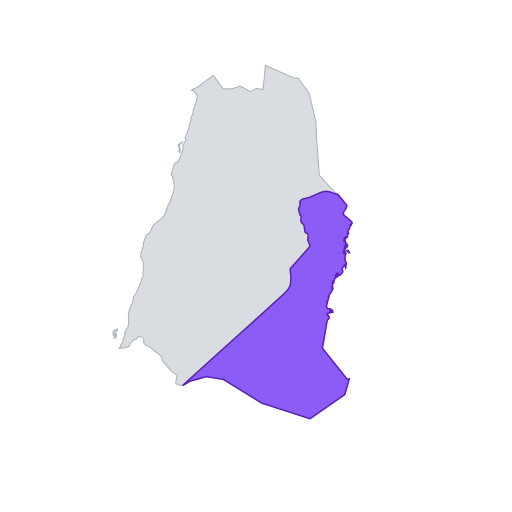 Ash Sharqiyah on a map of Saudi Arabia (Equal Earth projection), rotated 42°
{"feature_id": "SAU-1098", "entity_name": "Ash Sharqiyah", "entity_type": "Region", "adm_level": 1, "iso_a3": "SAU", "parent_name": "Saudi Arabia", "parent_adm1": "", "projection": "equal_earth", "projection_center": [49.771, 23.094], "detail": "fine", "context": "in_parent", "style": "filled", "palette": "violet", "viewbox_px": 512, "rotation_deg": 42, "n_neighbors": 0, "source": "natural_earth", "source_scale": "10m", "svg_char_len": 9431}
<svg xmlns="http://www.w3.org/2000/svg" viewBox="0 0 512 512"><g transform="rotate(42 256 256)"><path d="M358.7,361.5L315.6,369.3L313.3,370.1L299.8,379.0L290.5,393.8L288.3,400.8L287.2,401.9L285.4,403.3L283.7,404.3L281.1,404.1L278.0,398.7L277.2,397.6L276.5,397.5L270.7,398.3L258.7,396.8L256.7,396.5L254.1,394.7L253.4,394.3L252.7,394.2L246.5,394.1L243.3,394.7L240.4,394.5L237.3,394.8L236.2,395.5L235.0,395.5L234.2,396.1L233.5,396.4L232.7,395.8L231.8,396.0L230.4,395.5L229.5,394.3L228.6,393.3L227.7,392.7L226.7,392.4L225.8,392.4L224.7,393.0L224.0,393.6L222.2,395.6L222.2,396.4L222.9,397.6L222.7,398.2L221.7,398.9L221.3,400.8L221.2,401.9L221.0,404.4L221.4,406.4L222.0,407.1L222.0,408.0L221.7,409.7L220.7,410.2L220.0,411.8L219.6,412.6L218.8,413.4L215.9,416.3L215.8,414.6L214.9,412.2L214.8,410.4L214.4,408.7L213.6,407.3L212.2,405.9L212.1,404.0L211.0,402.1L209.6,400.6L208.9,397.8L208.3,394.1L204.6,389.2L200.0,384.7L198.6,382.1L196.4,376.9L195.3,372.8L192.2,368.1L192.1,366.3L191.7,364.1L191.0,361.7L190.6,359.7L187.6,351.3L186.6,349.9L185.8,348.0L185.6,346.5L185.3,345.7L183.2,344.4L181.2,340.8L175.1,335.2L172.1,334.6L169.7,332.6L168.0,330.0L166.2,325.4L163.0,320.5L160.4,313.6L161.3,311.1L161.3,309.3L160.5,306.3L159.7,304.0L159.1,301.8L159.7,298.7L160.0,295.2L160.6,293.3L161.0,291.3L160.6,287.2L159.7,285.0L159.9,283.5L158.8,282.8L158.0,281.3L158.9,281.3L157.4,279.1L156.8,277.8L156.3,274.9L155.6,272.6L153.2,267.4L152.1,264.3L149.6,260.2L146.8,257.2L145.0,255.8L144.1,254.6L142.6,254.5L141.0,252.8L139.9,252.7L138.4,252.4L136.9,249.0L135.6,245.8L133.3,241.7L133.9,240.6L134.7,238.8L134.4,236.5L134.1,234.9L133.2,232.1L130.0,225.0L129.1,223.9L127.6,222.8L126.9,219.7L126.5,216.9L124.2,215.6L120.6,205.7L118.3,202.3L117.5,199.9L115.0,196.1L113.8,192.3L111.2,188.8L109.1,182.8L105.7,176.7L104.2,175.7L100.5,175.3L98.9,174.8L97.4,176.1L97.4,174.5L98.5,172.1L100.2,167.3L100.7,163.0L103.5,150.4L119.3,153.7L120.1,153.5L126.4,147.6L130.1,140.9L130.9,140.2L141.6,137.7L142.0,137.3L144.3,131.4L144.6,131.0L144.9,130.7L149.6,127.7L142.6,117.6L135.4,108.1L165.3,98.2L165.9,98.0L168.1,95.7L181.0,98.2L186.0,99.3L187.6,100.2L210.7,116.2L222.0,127.8L248.8,153.4L249.1,153.6L273.6,156.2L276.2,155.5L282.9,156.5L289.7,157.7L290.9,160.7L291.4,162.8L291.8,164.9L293.1,166.8L298.8,166.7L304.7,166.6L305.5,168.5L305.9,170.3L307.4,174.8L309.6,178.3L310.1,179.5L310.5,181.4L310.1,182.1L309.9,183.0L311.6,184.9L314.3,186.5L315.4,186.9L316.6,187.6L315.6,188.7L317.2,191.3L319.1,193.9L321.1,194.5L323.8,198.4L327.8,201.0L330.3,204.3L330.1,204.4L329.3,204.1L328.4,203.6L328.1,204.0L328.2,205.4L328.4,207.1L329.7,208.5L330.8,209.5L331.3,211.5L330.4,215.7L330.1,215.7L329.5,215.3L328.8,215.2L328.5,215.5L329.3,218.5L330.0,220.8L330.9,222.7L331.7,225.4L332.3,226.5L334.9,229.4L335.8,231.8L336.5,236.2L338.2,238.7L339.1,240.7L340.3,242.3L341.1,244.5L342.2,246.2L342.7,246.7L343.6,246.8L344.7,246.9L346.0,246.4L347.3,246.0L348.4,246.9L349.5,246.7L349.6,247.5L348.9,248.6L348.0,251.4L349.3,251.9L350.5,252.1L351.4,252.5L351.9,252.5L351.9,253.1L352.0,255.8L352.3,256.8L367.2,280.2L406.2,286.6L406.5,286.5L407.5,284.9L414.6,299.3L404.9,340.8L358.7,361.5ZM203.3,409.1L204.5,409.2L204.1,408.6L204.0,408.2L204.5,407.3L206.2,409.3L206.1,411.6L205.9,412.1L205.5,411.6L205.2,411.1L205.1,410.6L204.6,410.0L203.0,410.4L201.9,409.8L200.5,407.8L200.1,406.4L200.7,406.1L201.4,405.4L201.8,404.3L201.4,403.1L202.3,403.3L202.8,404.5L202.8,407.2L203.0,407.8L202.7,408.4L203.3,409.1ZM129.5,230.2L129.1,230.2L128.1,228.8L127.5,227.8L126.9,227.2L124.0,225.8L123.7,224.9L124.1,224.0L124.4,224.9L124.9,225.4L127.3,226.7L129.9,229.4L130.3,229.6L129.5,230.2ZM125.1,223.5L124.9,223.8L124.3,223.1L124.4,221.5L125.0,220.6L124.9,221.9L125.1,223.1L125.1,223.5Z" fill="#d9dde1" stroke="#a8b0b8" stroke-width="1"/><path d="M340.3,243.2L341.4,245.4L342.2,246.4L342.9,246.8L343.9,247.0L344.7,247.0L345.5,246.6L346.5,245.6L346.6,245.8L347.3,245.6L347.7,246.1L347.9,245.9L347.9,246.3L347.7,246.6L347.7,246.8L347.8,247.0L347.8,247.7L347.9,247.8L348.1,247.7L348.3,247.5L348.8,246.6L349.2,246.2L349.3,246.0L349.3,245.5L349.5,245.6L350.0,245.7L350.2,246.3L350.6,246.3L350.8,246.5L350.0,247.1L349.9,247.4L349.5,247.9L349.3,248.4L348.4,249.2L347.9,250.1L347.8,251.3L347.5,251.4L347.5,252.1L348.5,252.3L348.9,252.2L349.3,251.8L349.6,251.8L350.6,252.0L350.8,252.3L351.3,252.9L351.9,253.1L352.0,253.9L352.0,255.8L352.1,256.3L352.3,256.8L366.9,279.8L367.2,280.1L367.6,280.2L406.2,286.6L406.5,286.6L407.5,284.9L414.4,298.9L414.6,299.3L414.6,299.8L405.0,340.8L358.8,361.5L314.6,369.5L313.2,370.2L300.0,378.8L299.6,379.2L290.6,393.5L290.4,394.1L288.6,400.4L288.1,401.2L293.3,350.4L297.6,309.7L302.1,265.4L302.2,260.9L302.0,258.4L301.6,256.9L301.0,255.1L300.4,253.8L299.8,252.9L295.9,248.1L290.6,243.4L290.3,243.0L290.0,242.3L289.9,241.4L289.7,214.2L289.5,213.2L289.2,212.4L288.8,212.0L284.0,209.7L283.7,209.5L283.4,209.1L283.0,208.3L280.5,205.4L280.2,205.1L279.9,205.0L279.5,205.0L277.2,205.5L276.5,205.4L275.8,205.0L272.1,201.8L271.2,201.2L270.5,200.9L269.9,200.8L267.4,200.7L266.7,200.5L266.4,200.3L265.8,199.8L264.4,198.1L263.4,196.8L263.1,196.5L262.8,196.2L261.4,196.1L260.7,195.8L256.5,192.9L256.1,192.5L255.8,191.9L255.6,191.4L255.2,189.6L255.0,189.2L254.8,188.8L254.1,188.0L252.7,186.8L252.1,185.9L252.0,185.5L252.0,185.1L252.0,184.4L252.1,183.8L252.5,182.7L252.9,182.0L255.4,178.4L256.2,177.1L261.6,165.4L262.6,163.8L263.7,162.3L265.2,160.7L267.3,159.3L274.4,156.2L274.6,155.9L276.2,155.5L289.7,157.6L290.6,159.4L291.4,162.0L291.5,163.6L291.8,164.8L292.0,165.3L293.0,166.2L293.1,166.8L304.5,166.6L304.9,167.1L305.5,167.4L305.5,167.6L305.7,168.4L305.7,169.1L305.5,169.6L305.2,169.4L305.1,169.7L305.4,169.7L305.6,169.6L305.8,169.5L305.9,169.1L306.1,169.3L306.1,169.5L305.9,169.8L305.8,170.3L305.9,171.1L306.1,171.5L307.3,173.1L307.4,173.3L307.2,173.7L307.0,174.1L307.0,174.5L307.1,174.9L307.8,176.2L307.8,176.5L308.5,177.0L309.2,177.0L309.9,177.3L309.8,177.7L309.7,177.7L309.2,177.8L309.2,178.2L309.6,178.8L309.9,179.2L310.2,179.3L310.6,180.0L311.2,180.7L311.2,180.9L311.1,181.3L311.1,181.8L311.1,182.1L310.8,182.7L310.6,182.9L310.7,182.5L310.7,182.0L310.7,181.7L310.9,181.4L310.8,181.1L310.6,181.4L310.3,182.1L310.1,182.3L310.4,181.2L310.3,180.8L310.2,180.9L310.1,181.1L309.8,182.6L309.8,182.9L309.7,183.1L309.9,183.2L310.0,182.7L310.2,183.5L310.4,183.7L310.5,183.5L310.6,183.3L310.7,183.5L310.7,184.1L310.9,184.2L311.0,184.1L311.2,183.7L311.2,184.1L311.1,184.3L311.1,184.6L310.9,184.7L311.1,185.2L310.7,185.0L310.8,185.4L311.0,185.4L311.3,185.2L311.4,184.8L311.5,184.8L311.6,185.1L311.4,185.3L311.3,185.7L311.4,186.0L311.7,186.0L311.8,185.9L311.6,185.5L311.7,185.3L311.9,185.2L312.5,185.1L313.2,185.8L313.8,186.1L313.9,186.3L313.7,186.6L313.9,186.7L314.1,186.7L314.1,186.3L314.6,186.5L315.2,186.6L315.7,186.3L316.6,186.6L316.8,186.8L317.2,187.4L317.5,187.7L317.6,187.8L317.7,188.5L317.4,188.4L317.3,188.2L316.9,188.4L316.1,188.3L315.8,188.7L315.7,188.7L315.6,188.3L315.4,188.3L314.8,188.7L315.4,188.9L315.7,189.3L315.9,189.4L316.1,189.6L316.4,189.2L316.6,188.9L316.9,189.2L316.8,189.5L316.4,189.9L316.3,190.9L316.7,190.7L317.0,190.4L317.7,190.6L317.6,191.0L317.8,192.2L317.7,193.0L317.8,193.4L318.1,193.3L318.1,193.7L318.2,193.9L318.3,193.8L318.5,193.6L318.4,193.3L318.6,193.1L318.8,193.1L319.0,193.3L319.1,193.2L319.2,193.4L318.9,194.3L318.5,194.3L318.6,194.5L319.0,194.6L319.1,194.9L319.2,194.7L319.5,194.2L319.5,194.3L319.5,194.7L320.0,194.6L320.6,194.8L320.9,194.9L320.5,194.3L320.3,194.0L320.6,193.7L321.0,194.0L321.3,194.0L321.6,193.6L321.4,194.4L321.4,194.7L321.5,195.4L321.9,195.7L322.2,196.1L323.1,197.7L323.5,198.4L324.1,198.7L324.6,199.3L325.5,199.8L326.1,200.3L327.2,200.4L327.6,200.7L328.1,201.2L328.8,202.4L329.1,203.0L330.2,204.0L330.4,204.3L330.5,204.8L329.8,204.1L329.4,203.8L328.4,203.6L328.2,203.4L328.1,202.6L327.9,203.1L327.8,203.4L327.8,203.9L327.8,204.1L328.1,204.6L328.1,206.2L328.5,207.7L328.7,208.0L328.9,208.3L329.2,208.5L330.5,209.1L330.9,209.6L331.2,210.2L331.3,211.2L331.3,213.4L331.2,213.9L331.1,214.3L330.8,214.5L330.8,214.2L330.7,214.1L330.4,214.4L330.5,214.9L330.4,215.6L330.2,217.0L329.9,216.8L329.9,216.5L329.9,215.9L329.7,215.6L329.3,215.2L329.1,215.1L329.1,214.5L329.0,214.2L328.7,213.8L328.5,213.7L328.4,213.7L328.0,214.6L327.7,214.9L327.7,215.2L328.0,215.5L328.2,216.2L327.9,216.3L327.9,216.5L328.0,217.4L327.9,217.7L328.1,217.8L328.4,217.6L328.5,217.3L328.4,217.0L328.5,217.0L328.8,217.4L329.0,217.4L329.0,217.8L329.6,217.9L329.7,218.2L329.8,218.6L330.0,218.9L330.0,219.1L329.7,219.4L329.8,220.4L330.2,221.4L330.5,222.1L331.4,223.4L331.8,224.2L331.9,225.2L331.6,224.2L331.3,224.0L330.9,223.7L330.7,223.4L330.4,223.2L330.2,223.1L330.2,223.5L330.3,223.8L330.7,224.1L330.8,224.3L330.9,224.1L331.0,224.1L331.6,225.5L333.3,228.2L333.7,228.6L333.5,227.8L333.8,227.6L334.0,228.1L334.1,228.3L334.3,228.6L335.1,228.9L335.2,229.1L335.5,230.0L335.4,230.2L335.6,230.5L335.9,231.6L336.0,232.1L335.9,233.0L335.9,233.3L336.4,234.5L336.4,234.8L336.3,235.6L336.4,236.4L336.6,236.9L336.7,237.1L336.9,236.7L337.3,237.1L337.8,238.1L338.1,238.4L338.4,239.8L338.8,240.1L339.1,240.4L339.2,241.2L339.3,242.4L339.6,243.4L339.8,243.6L340.0,243.6L340.3,243.2ZM321.1,190.2L321.8,190.6L323.3,191.1L323.1,191.3L322.4,191.0L322.1,191.0L321.9,191.2L321.5,191.5L321.4,191.4L321.1,191.3L321.1,191.1L321.3,191.0L321.3,190.9L321.1,190.7L320.3,190.8L320.1,191.0L319.8,191.7L319.8,191.2L320.1,190.6L320.5,190.3L321.0,190.2L321.1,190.2Z" fill="#8b5cf6" stroke="#5b21b6" stroke-width="1.5"/></g></svg>